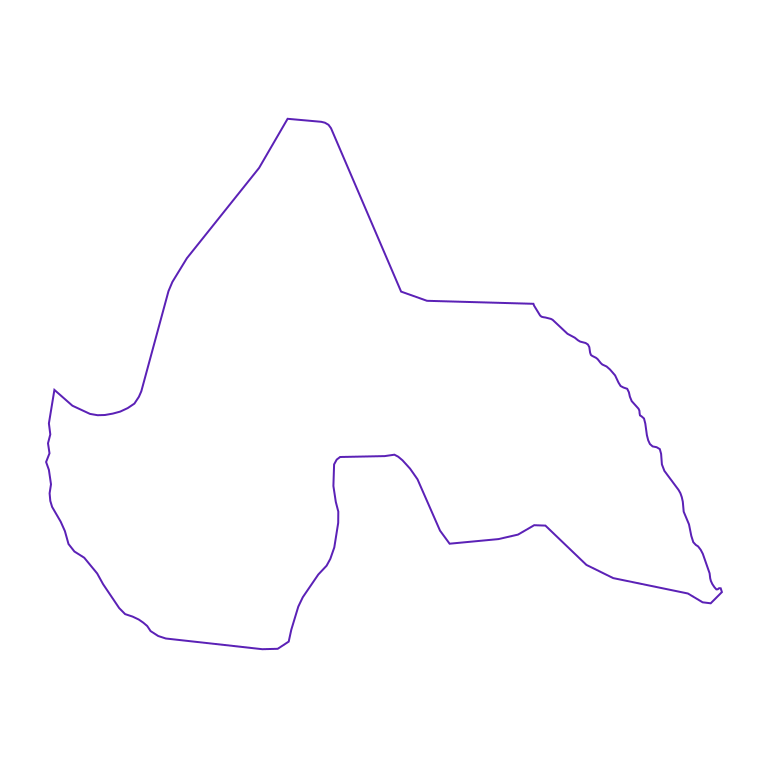 an SVG outline of Lakes
{"feature_id": "SDS-863", "entity_name": "Lakes", "entity_type": "State", "adm_level": 1, "iso_a3": "SSD", "parent_name": "South Sudan", "parent_adm1": "", "projection": "robinson", "projection_center": [30.344, 6.76], "detail": "fine", "context": "isolated", "style": "outline", "palette": "violet", "viewbox_px": 768, "rotation_deg": 0, "n_neighbors": 0, "source": "natural_earth", "source_scale": "10m", "svg_char_len": 1943}
<svg xmlns="http://www.w3.org/2000/svg" viewBox="0 0 768 768"><path d="M287.6,118.8L321.2,121.8L324.9,122.7L328.5,124.8L331.0,128.2L401.1,291.6L427.0,300.8L533.4,303.8L534.1,305.7L540.1,315.5L541.5,316.7L543.4,317.2L545.4,317.5L550.9,318.9L552.6,319.8L567.5,333.8L574.8,337.7L578.0,340.3L580.2,341.6L585.6,343.0L587.9,344.5L589.3,347.1L590.1,352.6L590.9,354.9L592.2,355.9L596.0,357.8L597.6,359.1L600.7,363.0L602.3,364.5L606.6,366.5L610.0,369.5L615.1,375.4L618.5,382.6L620.6,386.0L623.4,387.5L627.2,388.8L628.9,392.3L629.9,396.7L631.7,401.1L638.5,408.7L639.4,410.7L639.6,413.3L640.0,415.4L641.5,416.3L644.0,418.5L645.3,423.6L646.9,435.2L648.2,440.3L649.9,444.0L652.6,446.4L656.6,447.2L659.8,449.1L661.1,453.8L661.9,464.4L664.4,470.9L678.6,490.0L680.4,493.2L681.8,497.2L682.8,501.7L683.7,511.7L689.0,524.4L691.3,535.9L693.3,542.2L695.8,544.9L698.1,546.4L700.7,549.8L702.8,553.8L709.6,573.3L710.2,578.3L710.9,581.0L712.4,584.2L714.5,587.3L716.4,589.4L717.7,589.3L719.1,588.2L720.7,588.3L721.9,592.1L710.7,603.3L702.6,602.3L687.9,593.5L613.2,578.1L586.4,564.9L545.4,525.6L534.2,525.2L518.0,534.6L498.4,539.1L449.6,543.7L440.0,530.6L417.5,479.3L410.1,468.7L402.5,460.3L398.2,456.7L394.4,454.7L384.7,456.1L340.1,457.0L336.7,459.6L334.1,464.4L333.4,486.0L335.8,501.9L338.3,511.6L338.2,522.9L334.3,547.4L330.3,558.9L326.6,565.7L318.3,574.5L302.8,597.2L298.3,606.6L291.3,629.7L288.7,641.6L277.7,648.8L262.3,649.2L165.8,638.5L158.2,636.0L150.6,631.1L147.2,626.0L143.2,622.6L138.7,619.5L132.6,616.6L125.1,614.1L119.2,608.1L103.1,584.2L97.2,573.5L84.2,557.7L74.4,551.5L68.5,544.0L64.9,531.1L60.7,521.7L52.1,506.9L50.3,500.9L49.6,493.3L51.0,484.3L48.9,469.9L46.1,462.0L49.5,453.3L48.0,443.3L50.3,434.4L48.9,423.4L54.4,389.9L72.4,405.7L90.0,413.9L97.6,415.2L104.9,415.0L112.8,413.6L120.2,411.6L127.7,408.1L134.4,403.6L138.9,396.8L141.3,391.3L168.5,291.1L172.4,281.9L186.9,258.2L259.1,167.9L287.6,118.8Z" fill="none" stroke="#5b21b6" stroke-width="2"/></svg>